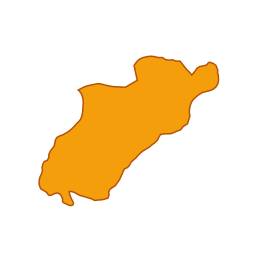 Al Miftah, Hajjah, Yemen, rotated 116°
{"feature_id": "15242507B45600422396945", "entity_name": "Al Miftah", "entity_type": "district", "adm_level": 2, "iso_a3": "YEM", "parent_name": "Yemen", "parent_adm1": "Hajjah", "projection": "natural_earth1", "projection_center": [43.522, 15.962], "detail": "fine", "context": "isolated", "style": "filled", "palette": "amber", "viewbox_px": 256, "rotation_deg": 116, "n_neighbors": 0, "source": "geoboundaries", "source_scale": "gbopen_adm2", "svg_char_len": 2522}
<svg xmlns="http://www.w3.org/2000/svg" viewBox="0 0 256 256"><g transform="rotate(116 128 128)"><path d="M164.3,111.6L163.7,111.1L160.7,110.3L157.5,110.3L154.5,109.1L151.5,107.8L148.5,107.0L145.2,105.9L142.1,104.5L139.0,102.5L137.8,101.8L136.2,100.6L132.8,99.2L131.5,98.5L129.7,97.5L126.0,96.2L123.0,96.2L119.6,96.0L119.0,95.0L117.6,93.3L116.0,90.2L114.3,86.9L106.4,79.9L102.1,78.9L98.3,76.4L90.1,77.6L87.3,79.6L84.2,81.0L82.4,81.5L81.1,81.8L80.3,81.9L77.9,82.2L74.8,82.1L71.8,81.1L71.4,80.9L68.7,79.8L67.5,79.2L65.8,78.2L63.2,76.4L61.3,74.1L60.9,73.7L58.4,70.7L55.6,68.3L52.6,67.0L51.4,66.8L49.5,66.6L46.4,67.2L44.7,67.9L43.1,68.7L40.0,70.7L39.4,71.6L36.8,72.6L33.3,76.2L32.6,79.3L33.0,83.1L33.9,84.3L37.0,85.1L39.3,87.7L41.3,90.5L44.1,92.2L45.6,92.4L47.4,92.6L52.4,93.9L51.0,97.0L49.9,100.3L48.4,103.7L45.1,110.5L46.8,114.3L47.1,117.0L47.2,118.0L49.1,120.9L50.1,124.5L49.6,127.9L51.5,132.0L52.2,135.4L53.3,138.6L55.1,141.6L56.2,142.9L57.5,144.7L59.9,147.0L62.6,148.6L63.8,148.9L65.6,149.3L65.9,149.4L69.1,150.0L81.1,140.6L91.4,147.5L92.5,148.2L94.8,153.6L96.2,156.8L97.6,160.3L98.6,163.8L99.5,167.6L100.2,171.4L101.5,174.8L103.5,177.4L105.6,180.1L107.6,182.6L110.1,185.2L112.8,187.3L114.5,188.5L115.4,189.2L115.7,189.4L116.0,188.2L117.5,185.2L119.8,182.8L122.4,180.6L122.7,180.5L125.3,179.1L128.4,177.9L131.6,176.5L134.5,175.5L137.8,174.7L140.9,174.4L143.9,175.1L147.0,176.2L150.1,177.1L150.4,177.2L153.4,178.2L156.7,179.6L157.9,180.4L159.6,181.5L162.3,183.3L164.7,185.6L167.5,187.7L170.5,188.0L173.7,187.2L176.8,186.4L180.0,187.2L183.0,187.7L186.1,187.6L189.4,186.3L192.5,186.4L194.9,188.6L198.0,188.7L201.2,187.9L204.0,186.1L207.1,185.7L210.8,185.6L214.0,184.9L217.5,183.3L220.3,180.5L221.0,179.5L221.2,175.2L221.6,172.9L222.2,171.6L222.9,170.6L223.1,169.7L222.9,168.8L221.5,167.0L219.9,165.9L218.7,164.8L217.7,163.5L217.2,162.1L217.2,160.7L217.7,159.2L218.2,158.3L218.8,157.5L219.9,156.3L220.8,155.4L221.8,155.0L222.8,154.6L223.4,153.4L223.4,151.7L223.3,147.9L223.0,145.8L222.2,144.6L221.5,143.9L220.8,143.8L219.7,143.9L218.6,144.9L217.3,146.7L215.8,148.6L212.7,151.9L211.6,152.4L211.3,152.6L210.8,153.0L210.0,151.2L209.8,150.7L209.4,147.8L209.6,144.8L209.7,141.7L209.1,138.6L208.5,135.7L208.5,134.8L208.3,133.6L208.1,132.4L207.7,130.2L207.7,126.1L205.9,123.4L204.2,120.4L202.2,117.8L199.9,115.4L196.8,115.6L193.9,117.4L190.9,117.3L188.1,115.8L185.4,114.1L182.4,113.7L179.8,113.2L179.2,113.1L176.0,113.0L172.7,113.1L169.4,113.3L166.3,113.3L164.3,111.6Z" fill="#f59e0b" stroke="#b45309" stroke-width="1.5"/></g></svg>